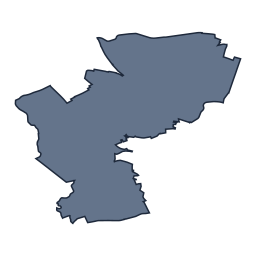 Sint-Michielsgestel, Noord-Brabant, Netherlands (Natural Earth projection)
{"feature_id": "6326949B43570757330374", "entity_name": "Sint-Michielsgestel", "entity_type": "district", "adm_level": 2, "iso_a3": "NLD", "parent_name": "Netherlands", "parent_adm1": "Noord-Brabant", "projection": "natural_earth1", "projection_center": [5.374, 51.651], "detail": "fine", "context": "isolated", "style": "filled", "palette": "slate", "viewbox_px": 256, "rotation_deg": 0, "n_neighbors": 0, "source": "geoboundaries", "source_scale": "gbopen_adm2", "svg_char_len": 5508}
<svg xmlns="http://www.w3.org/2000/svg" viewBox="0 0 256 256"><path d="M125.9,219.0L135.7,216.4L139.7,214.5L141.5,213.8L142.0,213.7L142.9,213.6L145.6,213.5L146.4,213.4L149.4,212.9L146.7,207.6L146.6,207.3L146.4,206.9L144.1,202.4L143.6,201.9L143.3,201.7L143.8,201.5L145.8,200.6L143.7,198.4L143.0,196.9L143.0,196.6L143.8,192.8L139.9,190.2L141.1,186.4L140.7,183.6L139.3,183.8L139.2,183.7L138.5,183.8L136.7,184.3L136.2,184.5L134.2,179.8L136.2,179.6L136.1,179.3L133.2,178.5L134.1,175.9L137.7,175.7L138.5,175.3L138.0,174.8L137.2,174.1L132.5,171.6L132.8,171.2L133.0,171.0L133.5,170.8L133.5,170.3L132.2,170.2L132.2,166.5L132.4,164.3L127.4,162.3L124.8,161.5L120.2,160.3L117.4,160.7L115.1,161.4L114.4,161.7L114.2,161.0L114.7,160.5L114.9,159.2L115.1,159.0L114.9,155.9L114.8,153.7L116.4,154.2L117.2,154.1L119.5,153.1L122.4,151.5L123.2,151.3L125.8,151.0L129.8,151.3L132.0,151.8L132.3,151.1L130.2,150.6L127.6,150.0L126.7,148.6L124.4,149.4L122.0,148.9L120.6,148.5L119.4,147.9L118.1,147.1L116.9,146.2L115.5,144.8L119.9,142.8L120.0,142.9L121.6,142.4L121.7,142.2L120.8,140.1L122.0,139.7L122.9,141.0L123.4,141.8L126.9,140.6L126.2,139.4L126.6,139.3L126.1,138.0L127.4,137.7L127.2,137.6L124.7,135.9L125.2,135.7L125.3,135.6L126.2,134.6L127.4,136.4L128.7,136.6L133.7,137.3L135.1,136.4L135.2,136.2L135.5,136.4L135.8,136.7L136.0,136.9L141.6,137.8L143.0,137.9L144.2,137.9L145.5,137.7L149.0,137.1L150.5,136.7L151.3,138.4L157.0,136.1L159.2,133.8L160.1,133.4L160.3,133.8L165.7,132.8L165.6,129.2L173.0,128.7L175.1,129.0L175.4,127.8L174.0,127.2L173.9,127.1L173.3,127.1L173.2,127.0L173.1,126.2L173.2,125.8L173.3,124.5L175.6,124.4L175.5,123.8L176.8,122.5L173.5,122.1L173.8,121.2L179.2,121.9L178.6,119.6L178.5,118.9L188.3,122.1L188.5,122.0L189.7,122.8L190.1,122.0L191.4,122.5L197.7,118.6L198.4,117.9L198.9,117.2L200.6,112.9L200.9,112.2L201.5,111.5L202.9,110.2L203.1,109.8L203.5,109.2L203.7,108.7L203.8,107.8L203.3,105.7L203.5,104.7L203.8,104.0L204.2,103.5L204.7,103.1L205.4,102.6L206.1,102.4L207.0,102.2L213.2,101.6L215.0,101.6L217.1,101.7L219.3,101.9L221.1,102.2L223.2,102.8L223.6,100.6L224.1,98.7L228.6,92.7L228.8,92.8L233.1,80.3L235.6,73.2L236.6,70.3L236.6,70.2L240.6,58.8L234.5,57.1L233.0,60.3L228.8,58.7L223.8,57.0L223.4,56.9L224.3,53.0L225.4,49.1L225.8,48.2L226.7,46.3L226.9,44.9L226.7,44.8L226.7,44.5L226.3,44.6L224.1,44.2L223.2,44.2L222.0,44.4L217.8,45.4L220.2,42.4L219.4,42.0L220.7,39.9L215.4,37.9L215.1,37.9L214.8,34.6L212.8,34.2L207.7,33.7L201.9,33.3L202.0,32.7L200.1,32.6L198.8,32.6L197.5,32.7L166.1,37.1L164.7,37.2L164.2,37.1L155.5,38.1L153.6,38.2L151.2,38.0L149.7,37.7L136.5,33.6L135.8,33.5L135.2,33.5L129.0,33.9L119.7,35.0L118.7,35.2L117.7,35.6L117.4,35.9L116.8,36.4L116.4,37.1L116.2,38.0L116.0,38.3L115.5,38.9L114.8,39.3L109.2,41.1L108.1,41.2L107.2,41.1L106.5,40.8L102.6,38.6L101.7,38.2L100.5,37.9L99.4,37.7L98.4,37.7L97.2,37.8L97.4,38.6L98.5,39.9L99.8,42.9L100.1,43.6L100.5,44.9L100.8,46.2L101.6,47.5L103.4,51.3L105.1,54.5L107.4,57.9L109.8,61.1L112.0,64.0L112.7,64.2L112.9,64.4L112.5,64.8L115.3,67.9L116.6,69.3L117.9,70.9L119.7,72.3L120.4,72.8L123.3,75.3L122.3,76.0L121.4,75.4L120.1,74.6L118.7,73.9L116.4,73.2L116.4,72.9L116.1,72.8L109.4,71.5L108.8,71.6L108.4,71.6L108.3,72.0L106.6,71.7L105.6,71.4L94.2,69.3L93.7,71.1L91.8,70.6L90.8,70.5L88.7,70.3L87.5,70.4L87.2,70.7L86.7,70.9L86.5,71.1L84.7,78.4L88.9,82.0L92.1,84.4L89.1,86.0L90.2,87.2L87.7,88.5L88.8,89.9L82.6,93.2L78.4,95.1L74.5,96.7L74.7,97.1L70.8,99.1L72.0,100.5L67.0,103.2L63.6,99.2L60.5,96.0L51.2,87.0L50.5,86.2L50.2,85.6L42.5,89.4L39.6,90.6L33.6,92.5L30.6,93.8L28.6,94.5L26.5,95.0L26.3,95.1L24.7,95.3L23.6,95.5L22.1,96.2L20.6,97.2L19.5,98.4L19.1,98.7L15.6,100.3L15.4,103.2L15.4,103.7L15.6,104.6L16.1,105.4L16.2,105.7L18.9,108.7L19.1,108.7L19.7,109.3L20.6,109.9L23.9,111.7L24.2,112.0L25.9,113.0L26.4,113.4L27.0,114.3L27.4,115.0L27.6,115.9L27.9,121.1L28.1,121.9L28.3,122.2L30.9,124.8L31.1,125.0L32.0,125.2L34.3,125.3L34.6,125.4L34.7,125.5L35.5,126.8L36.1,127.7L37.6,129.0L37.9,129.6L38.2,130.7L38.7,133.6L38.3,133.7L38.8,138.8L38.6,139.5L37.3,142.1L37.5,142.3L37.2,143.3L37.2,144.0L37.2,144.6L37.6,145.8L37.8,146.3L38.2,149.7L38.5,151.3L39.0,151.8L40.0,152.5L40.5,152.9L40.9,153.6L40.9,154.2L40.3,156.0L39.8,156.6L39.1,157.1L35.9,158.6L40.3,161.9L66.3,182.2L73.1,180.8L73.2,180.6L74.5,180.5L74.1,181.0L74.0,181.3L73.9,181.6L73.9,182.6L73.8,182.9L73.6,183.2L71.9,184.9L71.7,185.0L71.5,185.3L71.4,185.7L71.4,186.1L71.5,186.4L72.8,189.1L73.1,189.8L73.6,190.7L73.7,191.1L73.6,191.5L73.4,191.9L73.3,192.1L72.8,192.5L70.5,194.0L70.2,194.5L69.7,195.8L69.3,196.4L68.9,196.7L67.2,197.7L66.7,197.9L65.8,198.0L64.0,198.0L62.1,197.8L61.5,197.9L61.1,198.2L60.6,198.6L59.8,200.0L59.5,200.6L58.7,201.4L57.3,202.4L57.0,202.9L57.0,203.4L57.1,203.6L57.3,203.7L58.0,203.7L58.4,204.1L58.4,204.4L58.2,205.2L58.2,205.4L58.5,205.7L58.8,205.8L60.3,206.0L60.8,206.5L61.2,207.3L61.2,207.5L61.1,207.8L60.5,208.3L59.5,208.6L59.0,208.7L57.9,208.4L56.8,207.9L56.7,209.8L56.8,210.1L57.0,210.5L57.3,210.8L59.8,211.9L60.2,212.2L60.6,212.6L60.8,213.0L61.1,214.7L61.3,215.6L62.2,217.3L62.5,218.0L62.6,217.9L62.7,218.0L66.4,216.6L69.4,215.6L69.9,215.7L69.9,217.6L70.1,218.3L70.5,219.1L70.6,219.3L70.6,219.7L70.7,219.9L70.6,220.0L70.7,220.4L70.7,221.1L70.9,221.5L71.0,221.8L71.6,222.2L72.6,223.3L72.8,223.4L72.9,223.2L73.2,222.8L74.3,221.5L75.6,220.3L75.8,220.2L77.3,218.7L84.8,216.4L87.7,222.6L91.3,222.0L94.4,221.4L97.0,220.8L98.4,220.6L108.6,220.5L114.3,220.6L117.3,220.6L118.9,220.6L120.5,220.4L124.1,219.5L124.0,219.3L125.8,218.9L125.9,219.0Z" fill="#64748b" stroke="#1e293b" stroke-width="1.5"/></svg>